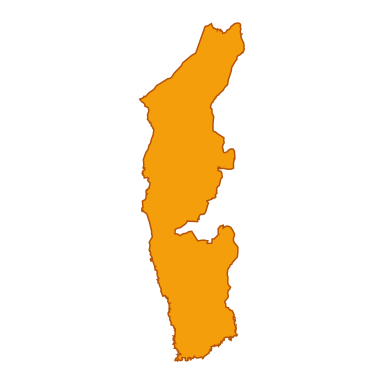 the district of Songea, Ruvuma, United Republic of Tanzania
{"feature_id": "72390352B68324313293973", "entity_name": "Songea", "entity_type": "district", "adm_level": 2, "iso_a3": "TZA", "parent_name": "United Republic of Tanzania", "parent_adm1": "Ruvuma", "projection": "natural_earth1", "projection_center": [35.48, -10.415], "detail": "fine", "context": "isolated", "style": "filled", "palette": "amber", "viewbox_px": 384, "rotation_deg": 0, "n_neighbors": 0, "source": "geoboundaries", "source_scale": "gbopen_adm2", "svg_char_len": 6055}
<svg xmlns="http://www.w3.org/2000/svg" viewBox="0 0 384 384"><path d="M191.7,55.4L182.7,62.9L181.4,65.7L174.3,73.1L171.6,77.3L170.0,78.4L167.9,78.7L156.7,85.6L153.6,89.7L149.2,92.6L145.9,96.2L145.2,96.6L144.0,96.3L143.4,97.7L139.7,99.2L142.2,102.2L143.1,102.4L144.9,104.4L144.9,106.2L147.6,107.3L148.5,108.3L148.8,111.3L147.4,115.1L147.9,116.6L147.4,119.4L148.7,120.5L149.2,121.8L150.0,122.0L149.8,122.9L151.0,123.3L151.3,125.8L152.4,126.8L152.9,128.5L153.6,128.9L153.8,130.3L153.0,135.4L151.5,138.9L150.5,143.2L149.0,145.3L148.1,149.3L146.0,152.3L143.4,159.4L143.8,165.6L143.1,167.4L143.4,168.5L144.7,167.9L144.8,169.7L142.6,171.3L142.3,173.3L143.0,173.3L142.5,174.7L143.8,175.5L144.3,178.0L147.0,177.5L148.7,178.2L147.6,180.1L148.8,181.9L149.3,181.9L150.1,183.9L149.1,187.0L149.3,188.1L148.2,188.4L147.1,190.2L146.5,189.9L145.9,191.5L146.3,193.9L147.2,193.9L146.0,195.5L146.2,197.6L145.2,199.6L142.4,201.1L142.9,207.6L141.9,208.1L141.8,210.6L142.1,211.3L143.0,210.6L143.0,211.2L146.7,213.7L149.5,222.1L151.6,231.2L151.7,234.4L152.4,236.7L149.2,242.3L150.0,245.0L149.6,248.6L149.1,249.9L149.7,250.3L149.6,251.3L150.2,251.6L150.7,253.9L150.2,254.5L152.2,257.7L152.4,259.1L152.1,259.8L151.4,258.3L150.4,259.0L150.5,259.9L151.0,261.1L152.4,260.5L152.8,261.1L154.7,266.3L155.5,266.5L154.7,267.4L155.3,268.8L155.0,269.8L155.9,269.8L157.2,271.0L156.9,271.8L157.5,273.0L157.1,273.5L157.2,275.0L157.6,276.6L158.9,278.3L157.1,279.5L157.7,280.3L158.4,280.4L157.9,282.7L159.0,283.1L159.5,285.5L161.2,289.1L160.8,291.1L162.0,293.8L162.3,295.1L161.8,295.3L162.5,295.3L163.1,296.8L163.1,295.7L165.2,295.6L165.4,296.8L166.1,297.5L166.5,297.2L166.6,298.4L167.3,298.3L167.3,297.8L168.0,298.0L167.6,298.8L168.1,300.6L167.8,301.4L168.5,303.1L169.9,303.2L169.0,303.8L169.3,306.7L169.7,307.5L168.9,308.3L169.3,309.0L170.3,309.2L169.0,310.2L169.6,311.5L169.5,312.1L168.8,311.8L168.2,312.7L168.2,314.7L169.1,316.5L169.8,316.8L169.6,318.5L170.0,320.4L171.5,322.9L170.9,324.1L171.1,324.9L173.5,325.7L174.0,328.1L175.1,328.4L175.3,329.6L174.8,329.6L174.5,330.7L175.3,331.3L175.0,334.8L174.6,335.2L174.9,336.1L173.4,336.0L174.6,337.8L173.1,338.2L173.5,339.0L173.2,340.2L174.0,340.6L174.5,339.9L175.0,341.4L174.5,342.3L173.5,342.1L175.1,343.4L173.6,343.3L173.2,344.1L174.2,343.9L174.7,347.1L175.4,347.5L174.6,348.3L175.7,348.4L177.5,349.6L177.2,350.7L178.6,351.3L178.2,352.7L178.7,352.4L179.2,353.5L180.3,353.7L179.9,354.3L180.3,354.6L177.5,354.9L178.0,355.2L177.8,356.6L176.6,358.3L176.1,358.1L175.0,360.1L175.1,360.6L176.3,360.3L177.7,361.0L178.3,359.4L178.6,360.0L179.0,359.7L180.4,360.7L182.2,360.0L182.5,359.4L181.6,358.2L182.0,357.5L185.2,357.8L185.4,360.3L186.9,360.9L188.3,360.0L187.6,358.6L188.4,357.5L188.9,357.4L189.8,358.6L189.7,357.8L190.3,357.8L191.1,359.2L191.7,358.2L193.2,358.4L194.3,356.3L195.2,357.3L197.1,358.1L201.6,357.1L202.7,358.6L203.3,358.1L203.6,356.9L208.9,353.1L209.6,351.0L211.2,350.6L211.4,349.6L210.4,349.3L211.7,348.2L211.1,346.6L212.4,346.1L214.0,346.5L214.6,345.0L215.8,346.0L216.6,345.4L217.7,345.4L218.4,346.1L218.4,344.3L218.9,344.2L219.0,345.4L219.4,345.4L220.7,343.6L220.8,342.5L221.9,342.6L221.4,341.4L222.1,341.6L223.0,340.8L223.0,340.1L224.3,340.0L223.9,338.4L225.7,337.2L227.9,337.2L228.6,337.7L230.1,336.7L230.0,337.4L229.1,338.1L229.0,339.3L230.6,340.2L230.3,338.9L231.2,339.3L231.1,338.0L231.9,337.6L231.4,337.1L230.8,337.3L231.0,337.0L233.2,337.2L234.3,335.5L236.6,335.9L237.3,334.8L235.5,332.9L235.6,331.3L234.9,331.3L235.2,329.8L236.0,329.8L236.3,327.9L235.5,327.6L235.9,325.7L235.5,326.1L234.8,325.2L234.8,323.7L234.0,323.9L234.7,323.3L234.3,322.4L235.2,320.8L234.4,320.7L234.9,319.6L234.2,319.9L233.6,319.3L234.1,319.0L233.5,318.7L233.3,317.2L234.7,317.3L233.8,315.9L234.1,314.7L232.1,310.6L230.4,310.3L230.0,309.5L229.4,309.7L228.3,307.7L226.0,307.4L225.6,303.5L224.7,302.6L224.8,301.5L228.2,297.1L228.2,295.0L227.6,293.6L228.3,290.2L229.5,289.5L230.6,287.1L229.2,286.0L227.8,283.5L227.9,276.7L227.2,275.0L227.6,270.4L228.2,268.7L229.7,266.8L230.1,265.0L231.8,264.2L232.2,262.8L237.3,257.0L237.8,252.7L237.9,247.2L233.6,241.6L233.4,237.9L234.4,236.0L234.4,234.0L232.8,230.4L230.8,227.4L228.5,226.2L225.6,226.2L223.2,228.1L223.2,225.2L220.2,226.1L218.1,228.8L218.3,234.1L218.7,234.3L214.3,238.8L212.0,239.1L212.1,241.1L211.5,243.3L207.1,243.4L207.9,240.8L203.4,240.1L197.7,240.8L191.7,231.3L189.0,231.6L186.1,233.3L183.1,233.7L179.9,235.7L178.3,234.3L174.9,233.7L175.2,229.6L177.6,228.1L180.0,227.8L184.9,224.4L186.9,222.3L187.0,221.1L197.6,221.6L197.9,218.8L199.0,219.2L199.0,216.6L200.4,214.4L203.8,214.3L204.8,213.3L206.0,211.0L207.6,205.2L208.5,203.2L206.9,200.9L212.0,199.1L212.3,198.1L214.6,198.0L215.8,197.0L215.3,194.9L216.9,193.1L216.4,191.8L216.9,190.8L216.4,189.8L216.8,188.4L217.6,186.7L219.3,185.3L220.8,178.9L222.2,177.4L221.8,173.0L220.9,171.3L218.3,170.6L218.5,169.9L217.9,168.7L218.9,168.6L218.1,168.1L218.1,167.1L220.0,167.4L221.0,168.5L224.1,168.4L227.3,169.2L231.0,169.2L233.5,168.2L233.5,162.3L234.2,160.1L234.0,158.9L234.7,159.0L234.9,158.1L234.5,151.6L233.4,149.3L231.9,148.9L229.3,149.5L227.0,151.9L225.4,152.5L224.2,152.7L223.2,151.7L223.3,149.4L222.4,148.2L222.9,144.9L224.2,142.6L223.7,141.2L223.9,137.8L216.9,133.3L215.7,132.0L213.8,131.5L213.0,130.3L213.0,123.4L213.7,116.6L212.0,112.8L211.9,109.3L211.4,108.3L210.5,108.1L210.4,106.9L211.6,103.2L213.1,101.9L213.9,99.7L215.0,98.9L215.3,97.5L216.0,97.6L216.2,96.7L217.4,95.4L219.0,94.6L219.3,93.6L223.1,90.3L224.6,87.6L227.5,84.7L228.3,80.0L231.2,71.1L231.7,67.4L235.5,60.9L236.8,59.6L237.0,57.0L237.6,56.0L240.6,54.4L242.2,52.4L242.8,52.8L243.9,50.3L244.3,48.9L243.9,48.1L244.0,45.3L243.6,42.9L241.1,37.7L241.0,35.3L241.7,34.2L240.9,34.3L240.2,31.6L240.9,29.2L240.2,26.5L240.7,25.6L239.9,23.6L238.4,23.0L235.0,23.5L231.1,26.5L229.8,28.8L226.9,30.3L226.3,31.7L224.9,32.8L222.9,33.4L222.3,31.5L221.2,31.2L221.3,30.7L220.6,30.8L220.6,29.6L219.5,30.1L219.2,29.5L217.6,29.3L217.3,30.0L217.2,29.1L216.6,29.5L214.2,28.1L213.8,28.3L212.3,26.3L211.4,23.6L208.2,25.7L205.1,26.5L195.8,53.0L191.7,55.4Z" fill="#f59e0b" stroke="#b45309" stroke-width="1.5"/></svg>